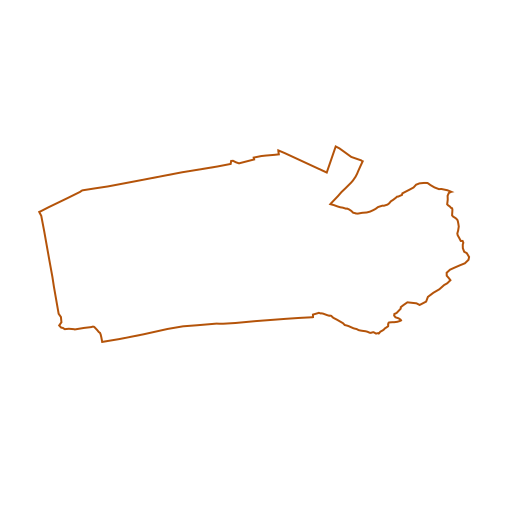 outline of Covasint, Arad, Romania, rotated 347°
{"feature_id": "2599482B42715428372947", "entity_name": "Covasint", "entity_type": "district", "adm_level": 2, "iso_a3": "ROU", "parent_name": "Romania", "parent_adm1": "Arad", "projection": "robinson", "projection_center": [21.613, 46.208], "detail": "fine", "context": "isolated", "style": "outline", "palette": "amber", "viewbox_px": 512, "rotation_deg": 347, "n_neighbors": 0, "source": "geoboundaries", "source_scale": "gbopen_adm2", "svg_char_len": 3334}
<svg xmlns="http://www.w3.org/2000/svg" viewBox="0 0 512 512"><g transform="rotate(347 256 256)"><path d="M358.4,359.0L359.0,358.6L359.2,358.4L359.6,358.1L360.2,357.7L362.7,357.0L364.1,356.4L364.9,355.8L365.4,355.5L367.1,354.9L368.9,354.2L369.4,352.8L369.3,352.4L369.9,351.2L370.6,350.7L373.0,351.0L375.9,351.6L378.8,351.9L381.5,351.7L382.8,351.4L382.6,350.6L380.9,348.8L379.1,347.7L378.1,347.1L377.2,345.1L377.8,343.6L380.1,343.2L385.1,339.9L385.6,338.4L388.6,337.0L393.1,335.2L401.7,338.2L404.4,340.5L406.5,340.0L408.0,339.6L411.5,338.7L414.3,334.5L420.6,331.7L427.1,329.7L432.8,326.6L434.9,326.0L436.2,325.6L440.0,323.3L438.9,320.9L437.4,318.1L438.0,315.2L440.0,314.1L441.9,313.0L446.8,312.0L452.8,310.9L457.9,310.1L462.2,307.5L463.4,304.9L462.0,300.6L459.8,298.7L459.3,294.9L460.0,291.5L461.0,289.7L460.7,287.8L458.9,287.4L458.0,283.9L457.2,281.2L457.2,279.4L458.7,276.6L460.2,272.9L460.4,270.1L460.5,267.5L460.3,266.0L459.1,264.1L456.8,261.8L456.2,260.5L457.5,256.1L457.8,255.0L457.8,253.6L456.8,252.9L456.1,251.5L454.5,249.7L453.9,248.6L454.3,247.5L455.4,244.5L455.5,244.2L456.1,241.2L456.2,240.5L458.0,238.0L460.3,237.4L460.7,237.4L459.6,236.6L457.3,235.0L454.5,233.7L451.7,232.4L449.3,232.0L445.3,229.3L442.0,226.2L439.6,223.5L437.9,223.0L436.2,222.6L431.6,222.0L429.8,222.3L428.1,222.5L424.9,224.7L420.5,225.9L417.7,226.6L412.7,227.9L412.0,229.3L407.9,230.1L406.8,229.9L405.4,230.7L402.1,232.2L399.8,233.0L397.5,234.7L395.7,235.5L392.0,235.8L390.5,235.4L387.6,235.6L385.8,235.8L383.1,237.0L380.5,237.7L377.1,238.4L373.7,238.5L369.1,237.8L364.7,237.6L362.8,237.0L362.3,236.6L360.4,235.7L359.0,233.5L357.1,231.5L355.3,230.2L354.4,230.2L351.4,228.4L349.1,227.5L346.5,226.0L343.3,223.9L340.1,222.2L340.6,221.8L349.3,216.1L353.7,212.9L358.3,210.2L365.2,205.9L367.4,204.3L370.8,201.2L373.1,198.5L374.5,196.5L378.0,191.9L381.2,187.8L381.0,187.7L380.6,187.2L379.9,186.4L376.5,184.3L371.1,180.9L365.8,174.8L361.5,169.9L359.6,168.3L358.3,167.2L343.7,190.6L307.4,162.4L301.5,158.1L301.4,158.5L301.1,162.1L296.8,161.6L287.8,160.3L283.6,159.8L275.9,159.6L275.9,161.5L260.3,161.9L257.7,160.3L254.9,158.0L254.1,158.0L253.2,157.8L252.0,160.6L238.3,160.1L202.8,157.8L154.7,156.0L127.3,154.9L114.6,153.9L101.9,153.0L100.6,153.2L100.5,153.3L99.2,153.9L85.3,157.2L65.0,161.8L56.7,163.9L54.7,164.3L55.0,165.6L55.8,168.5L55.2,184.2L53.7,213.7L52.9,230.8L52.2,240.1L50.7,267.9L52.2,271.6L51.8,274.6L51.5,276.8L48.6,279.4L50.0,281.9L50.8,282.3L51.6,282.6L53.1,284.2L53.5,284.3L57.3,284.8L62.3,286.4L62.9,286.8L72.3,287.4L75.8,287.8L79.4,288.2L81.1,288.1L82.0,288.4L82.6,289.0L84.6,292.4L85.7,294.7L86.7,295.8L87.0,297.6L87.0,300.6L86.8,305.1L104.2,306.2L128.7,307.0L153.5,307.2L169.1,308.1L182.8,310.2L202.4,313.0L205.2,313.8L209.3,314.7L221.2,316.7L240.6,319.3L271.4,324.0L284.4,326.1L297.4,328.4L297.8,328.4L298.3,325.9L303.8,325.6L304.4,325.5L306.3,326.6L307.0,326.6L308.5,327.3L312.0,329.6L313.9,330.7L314.1,330.6L314.4,330.7L314.9,330.8L315.9,331.3L316.3,332.0L317.4,333.6L320.7,336.4L325.7,341.1L326.9,343.2L328.7,344.1L330.4,345.1L334.5,348.2L335.7,348.9L337.4,349.7L338.2,350.3L339.3,351.3L341.0,352.1L342.7,352.8L344.3,353.4L345.9,354.0L347.4,354.8L348.4,355.5L349.3,356.2L350.1,356.6L350.7,356.7L352.5,356.6L353.4,356.7L354.2,357.4L355.5,358.6L356.9,358.6L358.3,358.7L358.4,359.0Z" fill="none" stroke="#b45309" stroke-width="2"/></g></svg>